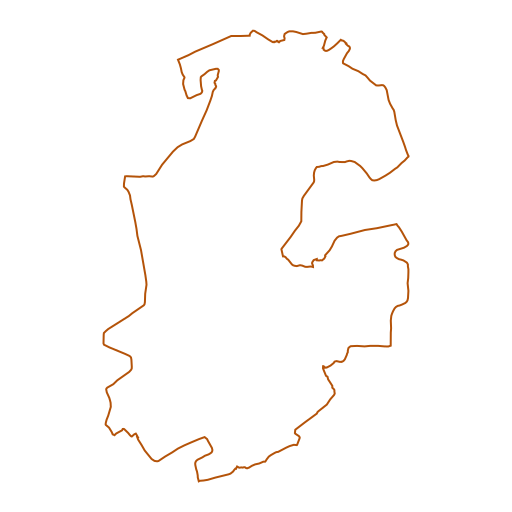 the district of Boulkiemde, Boulkiemdé, Burkina Faso
{"feature_id": "67063806B25202403935187", "entity_name": "Boulkiemde", "entity_type": "district", "adm_level": 2, "iso_a3": "BFA", "parent_name": "Burkina Faso", "parent_adm1": "Boulkiemdé", "projection": "equal_earth", "projection_center": [-2.114, 12.316], "detail": "fine", "context": "isolated", "style": "outline", "palette": "amber", "viewbox_px": 512, "rotation_deg": 0, "n_neighbors": 0, "source": "geoboundaries", "source_scale": "gbopen_adm2", "svg_char_len": 5985}
<svg xmlns="http://www.w3.org/2000/svg" viewBox="0 0 512 512"><path d="M340.8,39.8L337.3,43.3L333.9,46.4L331.3,48.3L329.1,49.8L327.5,50.6L326.7,50.9L325.7,50.9L324.9,50.6L324.2,50.1L323.6,49.6L323.5,48.0L322.8,47.9L323.9,45.8L325.3,40.5L326.7,37.4L324.5,35.1L324.2,34.6L324.2,34.0L322.5,32.5L322.2,31.8L321.3,31.5L315.2,32.8L311.2,32.9L306.5,33.7L302.9,34.1L296.3,32.0L292.8,31.3L289.4,31.3L287.6,32.0L284.7,33.9L284.2,35.6L284.1,36.7L284.5,37.8L284.6,38.4L284.3,40.0L280.2,41.0L279.0,42.3L278.3,42.1L277.9,41.3L277.4,40.9L276.7,40.9L275.7,41.8L274.3,41.7L274.1,42.2L272.7,42.1L268.2,39.4L262.4,35.4L256.5,32.2L255.1,31.2L254.1,30.8L252.9,30.7L250.7,32.8L249.8,34.5L249.7,35.7L240.6,36.0L231.2,36.0L213.0,44.1L195.3,51.6L188.8,55.0L178.0,59.7L179.9,64.5L180.9,68.2L181.7,72.1L182.7,74.6L184.4,77.1L184.5,77.7L183.4,80.2L183.1,84.0L184.6,89.8L185.3,91.1L186.7,95.8L187.2,96.4L187.4,97.2L187.9,98.1L190.2,98.3L196.7,95.1L200.3,93.9L201.1,93.3L201.9,92.3L202.3,90.9L201.9,89.8L201.1,86.2L200.6,80.0L200.8,77.2L201.4,76.4L204.5,74.2L207.2,71.8L209.4,70.3L215.9,68.8L217.7,68.8L218.8,70.0L218.8,71.1L217.8,74.8L217.7,75.6L218.0,76.9L216.0,80.4L214.9,80.9L214.5,82.8L215.3,83.8L215.3,84.7L216.1,86.2L216.1,86.9L215.5,87.7L215.4,88.4L215.0,88.6L213.7,90.0L212.8,91.8L211.9,96.0L210.3,100.7L206.6,110.4L201.9,120.8L195.1,136.7L193.8,139.0L190.3,141.1L182.2,144.4L177.6,147.2L172.9,151.7L162.1,164.7L156.2,174.0L154.0,176.0L152.8,176.6L149.2,176.2L145.2,176.5L143.1,176.2L140.1,176.8L126.7,176.2L125.1,176.4L124.0,183.5L123.9,186.5L124.3,187.2L127.3,189.8L128.5,191.7L130.0,195.4L130.5,199.3L131.8,204.9L135.3,222.1L136.5,228.9L137.4,235.9L141.0,250.1L145.4,275.3L146.3,281.8L146.5,284.8L145.2,293.7L144.9,302.2L144.5,304.3L143.8,305.3L132.3,313.2L128.9,316.0L108.4,328.9L105.8,331.1L103.9,333.0L103.7,334.6L103.5,343.4L104.0,344.7L109.4,347.4L124.9,353.8L129.0,355.7L130.2,356.5L131.0,357.5L131.4,359.6L131.8,366.9L131.7,368.6L131.1,369.8L129.2,371.9L117.3,380.3L113.3,384.2L107.3,387.6L106.4,388.6L106.2,389.4L106.8,392.4L109.3,397.9L110.1,400.7L110.6,402.8L110.8,406.9L108.2,415.7L106.6,419.7L105.9,422.4L105.6,424.2L105.8,424.9L109.0,427.6L111.7,432.0L112.7,434.4L113.2,434.5L114.5,435.2L116.2,433.5L122.1,430.3L122.7,429.0L123.5,428.9L124.2,429.1L128.2,433.0L129.8,435.0L131.0,436.2L131.8,436.5L134.3,434.3L135.8,433.6L136.5,434.7L137.8,437.1L137.2,437.1L138.2,439.7L141.5,444.9L144.7,450.5L151.6,459.0L154.5,460.9L157.1,461.3L158.5,461.0L165.2,456.5L172.2,452.4L177.9,448.6L184.3,445.4L190.7,442.6L199.0,439.1L204.6,437.1L207.1,439.1L207.9,440.8L211.9,447.9L212.4,450.0L212.2,451.2L211.6,452.4L210.1,453.5L208.6,454.4L205.0,455.7L202.3,457.4L197.6,459.7L196.4,460.7L195.8,461.5L195.2,463.1L195.3,465.0L196.2,469.2L197.0,471.5L197.7,475.3L197.8,477.5L198.8,481.3L199.8,480.8L203.6,480.5L207.8,479.8L215.3,477.6L228.7,474.3L230.5,473.6L233.0,471.6L234.4,469.7L235.4,468.6L236.0,468.8L237.1,466.5L239.2,467.7L241.5,467.4L242.6,467.6L244.2,467.2L245.2,467.4L246.1,468.1L247.2,468.3L248.3,467.8L248.7,467.8L251.9,465.8L255.1,464.4L259.2,463.5L263.3,461.7L265.1,461.7L265.9,460.7L266.5,459.6L268.8,456.6L270.9,455.1L274.9,452.8L276.4,452.1L278.1,451.9L286.3,447.6L289.6,446.1L293.8,444.8L296.8,445.1L297.1,444.8L299.6,438.3L299.7,437.3L298.9,436.1L295.3,433.7L294.9,433.1L295.3,429.7L305.1,422.2L316.8,413.6L317.5,412.1L318.7,411.0L326.8,404.6L330.2,399.4L334.1,394.9L334.7,393.6L334.4,391.3L334.4,390.1L333.9,389.2L332.3,387.7L332.3,385.8L328.1,379.3L327.5,376.7L326.0,375.8L323.6,369.9L323.0,368.3L323.1,366.2L323.6,366.2L325.0,367.8L326.0,367.4L326.6,367.6L330.5,365.6L333.7,363.0L334.5,361.7L334.9,361.5L336.6,361.1L339.9,361.9L340.8,361.9L341.3,361.7L341.7,361.9L343.4,361.0L344.8,359.4L346.8,354.9L347.0,353.9L347.8,352.2L347.8,350.8L348.4,348.1L349.6,346.9L350.8,346.2L357.1,345.9L364.6,346.4L369.8,345.9L378.6,345.9L384.5,346.4L388.2,346.5L390.7,345.7L390.8,332.5L391.1,328.2L390.8,320.6L391.3,315.8L392.0,313.7L393.0,311.3L394.6,308.4L395.9,307.0L397.7,305.9L399.6,305.5L401.9,304.6L405.3,303.0L406.8,301.6L407.5,300.3L408.0,298.1L408.4,290.9L407.6,283.2L408.2,278.1L408.4,272.5L408.4,269.3L407.9,266.4L407.9,264.5L407.2,263.1L406.7,262.5L403.4,260.4L400.9,259.6L399.0,259.2L397.1,258.2L395.6,257.1L395.0,256.0L394.7,254.8L394.7,253.1L395.5,251.3L397.0,249.9L404.0,247.7L406.9,246.0L408.0,244.8L408.3,244.1L408.3,243.2L408.0,242.1L406.6,240.3L401.8,231.7L398.9,227.2L397.7,225.9L396.5,224.1L376.9,228.2L364.9,230.0L350.5,233.8L341.4,235.9L339.0,236.3L337.1,237.6L334.6,240.7L331.9,246.5L329.6,250.3L325.1,255.3L325.4,256.4L325.1,256.7L324.9,257.4L324.2,258.6L322.0,260.4L320.5,260.2L319.2,260.5L316.8,260.3L316.8,259.0L313.7,260.1L312.2,262.4L312.1,263.5L312.9,265.3L313.0,267.0L311.6,266.6L310.3,266.5L307.2,266.9L305.2,266.8L302.2,265.6L300.0,265.2L296.8,266.1L294.7,265.8L293.1,265.3L291.9,264.4L288.2,259.7L286.8,258.7L285.6,257.2L284.2,256.4L283.0,256.4L281.4,249.2L281.7,248.6L290.6,237.0L295.0,230.6L298.8,225.8L301.3,221.3L301.4,211.9L302.0,200.4L302.4,198.4L303.9,195.8L313.7,182.4L314.1,181.2L314.2,179.8L313.8,175.5L314.1,172.5L314.8,170.1L316.0,168.0L316.8,167.0L319.1,166.8L321.2,166.1L323.1,166.0L327.8,164.6L333.8,162.0L337.3,161.6L339.6,162.0L344.9,162.1L346.8,161.4L349.4,160.8L351.2,161.0L354.7,162.0L360.2,166.0L362.4,168.2L366.8,173.5L369.5,177.5L370.8,179.0L372.2,180.2L374.2,180.5L376.8,180.1L379.1,179.2L385.5,175.6L389.9,172.8L395.1,168.8L397.3,167.4L401.6,163.0L404.7,160.5L407.5,157.4L408.5,156.6L408.5,155.9L407.9,154.9L406.0,150.0L405.0,146.8L403.3,142.0L397.0,125.5L395.7,120.1L394.3,111.8L393.6,109.7L392.7,108.5L390.1,103.8L388.6,100.0L386.7,90.1L385.3,87.4L384.2,86.0L383.3,85.3L381.9,85.1L378.7,85.5L376.2,85.4L370.0,80.6L367.5,77.6L365.5,75.4L362.9,74.1L358.4,71.2L352.4,68.7L348.7,66.2L343.1,63.3L342.9,62.1L343.0,60.9L343.8,59.0L347.0,53.2L348.8,51.0L349.6,49.4L349.9,48.7L349.9,48.0L349.8,47.4L349.3,46.5L347.8,45.7L345.9,43.8L346.3,43.3L345.5,42.7L344.1,41.3L342.7,40.5L342.0,40.6L340.8,39.8Z" fill="none" stroke="#b45309" stroke-width="2"/></svg>